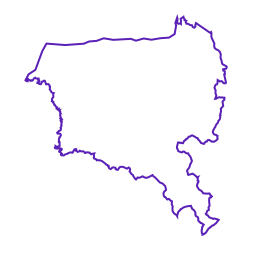 Amansie West, Ashanti, Ghana, rotated 88°
{"feature_id": "2480657B59515552665793", "entity_name": "Amansie West", "entity_type": "district", "adm_level": 2, "iso_a3": "GHA", "parent_name": "Ghana", "parent_adm1": "Ashanti", "projection": "orthographic", "projection_center": [-1.803, 6.438], "detail": "fine", "context": "isolated", "style": "outline", "palette": "violet", "viewbox_px": 256, "rotation_deg": 88, "n_neighbors": 0, "source": "geoboundaries", "source_scale": "gbopen_adm2", "svg_char_len": 5751}
<svg xmlns="http://www.w3.org/2000/svg" viewBox="0 0 256 256"><g transform="rotate(88 128 128)"><path d="M139.0,38.8L137.8,40.5L137.7,41.6L137.1,42.4L135.5,43.3L134.0,43.2L131.0,41.6L130.2,40.8L129.2,40.5L127.0,39.2L126.1,38.1L124.0,37.4L123.2,36.5L122.1,35.8L120.5,35.4L119.1,35.7L118.4,35.0L117.3,35.4L116.6,35.0L114.1,34.4L112.0,34.6L109.3,32.1L105.1,32.6L104.5,32.4L103.3,30.9L101.8,30.5L101.1,30.6L101.3,31.4L100.7,32.3L100.8,34.2L100.4,35.6L100.9,37.4L101.8,38.8L101.9,39.9L98.8,38.6L96.2,39.4L93.5,39.1L90.8,40.2L88.1,39.1L87.6,38.5L87.5,37.6L86.8,37.1L83.2,36.7L84.7,34.6L84.4,32.7L86.6,30.8L86.7,28.9L86.1,28.5L77.8,30.0L77.6,29.3L74.6,29.3L74.0,30.7L72.6,30.9L72.1,27.8L70.5,27.2L69.7,27.6L67.8,30.9L66.9,31.7L63.7,32.2L61.2,33.1L57.8,32.7L55.2,33.5L53.4,35.1L52.6,36.9L51.2,38.5L49.6,39.0L46.4,38.8L40.7,41.3L39.5,41.5L35.9,41.3L35.0,41.6L35.8,42.5L35.6,42.8L25.5,56.4L27.3,57.1L29.1,57.1L30.1,58.3L29.3,59.8L27.6,60.4L27.3,62.2L25.9,64.5L25.8,66.0L23.9,66.7L22.9,66.0L21.9,67.9L21.3,67.6L19.8,68.5L18.8,68.7L20.7,71.6L22.4,71.3L25.8,71.5L25.3,72.0L25.6,74.0L24.5,75.3L21.9,74.8L21.3,75.0L20.7,74.7L19.3,75.0L24.7,77.0L27.2,76.3L35.7,78.1L39.1,83.9L39.4,92.5L40.6,101.4L39.1,109.2L41.0,117.0L39.0,122.0L39.4,139.5L37.5,149.2L39.8,156.2L40.2,164.0L42.2,169.1L42.9,187.9L40.8,206.5L48.0,210.9L66.6,218.5L70.9,225.5L76.7,228.8L77.6,227.9L77.8,226.6L76.1,226.3L75.2,227.1L75.0,226.7L76.0,225.8L76.8,224.4L77.5,223.8L76.9,223.0L77.4,222.2L76.8,221.3L75.5,220.6L74.5,219.0L75.3,218.2L75.5,215.7L76.8,216.2L77.1,215.9L76.8,215.4L77.3,215.0L78.8,215.2L79.3,217.0L79.9,217.0L79.9,216.0L80.9,215.2L81.2,213.7L80.9,213.2L78.9,212.7L78.8,211.8L77.8,210.7L77.9,209.5L81.5,208.3L81.3,206.2L82.5,205.0L83.3,205.0L83.9,204.5L84.4,204.8L85.1,204.5L86.8,204.9L87.7,204.1L89.2,203.5L89.9,202.9L90.5,201.0L91.4,201.6L94.5,201.5L95.6,202.6L97.0,203.1L97.8,202.8L98.6,203.1L98.8,202.3L99.3,201.7L99.8,202.1L101.5,200.9L102.2,200.9L102.4,200.3L104.0,199.5L104.4,198.5L105.0,198.4L105.9,198.7L106.0,197.9L106.9,197.9L107.0,197.6L106.2,196.9L106.2,196.5L107.1,196.9L107.9,196.7L108.1,196.4L107.9,195.7L108.4,196.0L109.1,195.2L109.6,195.5L110.9,194.8L111.1,195.2L112.1,195.4L112.7,195.0L113.5,195.4L114.9,194.8L116.0,195.3L116.3,194.3L117.0,193.7L118.0,195.1L118.8,194.9L119.1,193.9L120.1,194.4L120.6,194.1L121.8,194.6L122.7,194.3L123.1,194.6L123.9,194.5L125.4,195.4L126.1,195.0L127.9,195.4L128.8,197.6L129.4,197.9L130.3,199.0L131.2,198.5L131.0,197.5L131.5,195.8L132.9,195.3L134.6,196.3L134.9,196.9L135.4,196.8L136.4,197.4L139.7,197.6L139.7,196.9L143.4,196.9L143.8,197.2L144.2,199.8L144.2,200.3L143.5,201.1L144.3,201.2L145.0,201.8L145.7,201.5L146.1,199.7L145.9,196.3L146.6,195.0L147.1,194.9L148.0,195.5L148.0,197.1L148.9,197.6L149.4,197.5L149.7,196.6L151.5,194.9L151.8,195.1L151.9,195.9L152.3,196.0L152.7,195.8L153.1,194.7L153.2,193.1L152.5,192.4L151.5,189.1L151.1,188.8L150.3,186.3L150.8,184.4L150.1,183.7L149.3,183.6L148.9,183.0L147.5,182.3L147.2,180.7L148.1,180.3L148.9,180.8L150.1,179.2L149.8,177.9L149.0,177.0L149.8,175.5L149.7,173.6L150.7,172.2L151.4,172.0L151.4,171.3L150.8,169.8L151.2,168.2L151.1,167.5L153.0,165.7L152.5,164.5L152.3,162.6L153.2,163.1L155.5,162.9L156.5,163.3L157.3,162.9L158.2,160.8L159.2,160.4L159.0,159.1L159.4,158.2L159.3,157.0L160.3,154.9L163.0,151.7L163.8,151.2L164.2,149.8L165.3,149.4L165.5,148.5L166.6,148.7L167.5,148.3L168.4,147.0L168.3,146.4L167.0,145.0L166.8,143.9L167.2,142.2L167.9,141.6L168.5,141.8L168.8,141.6L169.4,140.3L169.4,139.5L167.5,138.2L166.6,137.1L166.6,134.4L168.6,130.5L167.5,128.7L168.4,127.6L169.7,127.3L171.2,127.9L171.7,127.9L172.3,127.2L173.9,126.4L175.2,124.7L176.6,124.2L179.6,122.2L179.7,121.7L177.8,120.2L178.1,119.0L178.0,118.0L176.8,115.1L178.3,112.6L178.4,111.3L177.9,109.2L175.9,105.1L177.2,104.3L178.5,102.5L183.6,98.0L184.6,95.5L187.3,92.9L190.8,92.1L191.6,92.4L192.6,93.9L194.3,94.8L196.2,94.7L197.4,94.4L197.9,94.2L198.4,93.0L200.7,91.4L200.8,91.1L200.3,90.0L200.3,89.6L202.4,87.6L202.7,86.7L205.7,86.9L208.3,86.0L209.4,86.4L212.7,86.3L215.0,84.9L216.6,82.7L217.8,82.0L217.0,82.0L215.4,81.2L214.1,81.0L212.8,79.9L212.3,79.1L210.9,78.2L210.9,77.6L209.4,75.5L208.4,72.2L208.0,67.8L208.8,67.7L209.6,67.1L210.7,67.0L212.6,64.8L214.6,63.7L216.0,63.5L216.8,63.8L218.2,63.3L219.6,61.3L220.7,60.9L222.5,61.1L222.8,60.8L223.7,60.6L224.8,59.2L225.5,58.8L225.6,57.9L227.2,55.7L228.6,56.5L229.1,57.2L231.9,57.6L232.7,58.0L235.4,57.9L236.6,57.2L237.2,57.3L237.0,56.3L236.2,55.6L236.2,54.9L235.3,53.8L231.3,51.0L230.8,49.9L230.0,49.4L229.7,48.5L228.6,47.5L227.9,45.4L227.1,44.7L226.4,43.5L223.0,40.6L222.4,41.8L221.4,45.2L221.8,46.0L220.0,50.1L218.1,51.3L217.5,52.6L216.5,53.2L216.3,52.8L213.6,51.7L212.6,50.0L210.3,50.3L208.4,49.2L203.6,49.5L201.0,49.2L200.3,48.6L200.5,47.8L199.3,46.6L197.3,48.5L196.4,48.7L196.2,49.2L196.4,51.1L195.9,55.1L193.6,56.6L191.9,59.2L190.9,59.8L188.9,60.9L187.4,61.1L186.0,60.3L185.4,60.4L184.3,59.4L183.3,59.5L182.9,60.3L182.0,60.0L180.1,60.1L179.3,59.6L179.7,60.9L178.5,61.7L175.9,64.9L177.0,69.3L176.7,69.6L174.2,70.0L173.6,70.4L172.5,70.4L169.6,68.1L167.4,67.3L166.5,67.2L165.9,66.6L163.5,65.4L162.7,65.3L161.6,65.9L161.2,65.8L159.7,66.3L158.3,67.0L156.7,68.3L155.5,68.6L155.2,70.8L153.5,72.8L153.4,73.8L154.2,74.7L154.2,75.5L153.0,78.3L152.6,78.7L150.9,79.1L150.2,79.7L148.7,79.8L144.2,78.5L144.3,77.4L144.8,76.3L144.5,75.6L145.1,74.3L145.1,73.5L143.1,72.6L142.7,71.8L142.0,71.3L141.8,70.6L141.0,70.3L140.7,69.1L138.8,67.6L138.7,66.3L137.7,64.8L137.7,63.7L138.6,62.5L138.9,61.6L140.0,60.4L140.6,58.7L141.8,58.4L143.0,57.1L144.1,56.5L144.6,55.9L145.4,55.7L146.5,53.1L146.4,52.4L145.8,52.3L144.3,50.7L144.3,49.7L143.2,49.0L142.8,48.4L142.9,47.1L144.6,44.6L144.4,43.9L144.8,42.6L143.3,40.0L142.0,38.8L140.1,39.1L139.0,38.8Z" fill="none" stroke="#5b21b6" stroke-width="2"/></g></svg>